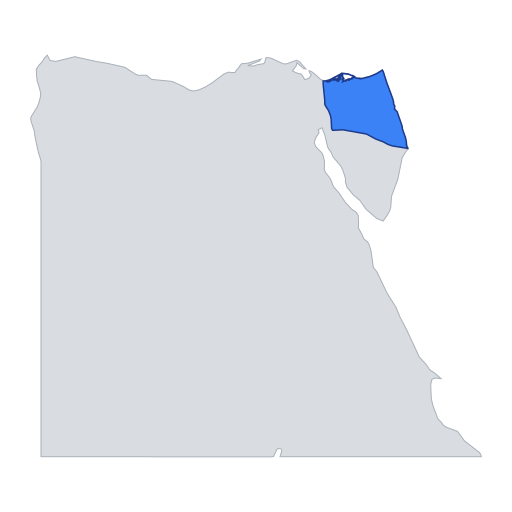 Shamal Sina' on a map of Egypt (Mercator projection)
{"feature_id": "EGY-1558", "entity_name": "Shamal Sina'", "entity_type": "Governorate", "adm_level": 1, "iso_a3": "EGY", "parent_name": "Egypt", "parent_adm1": "", "projection": "mercator", "projection_center": [33.332, 30.402], "detail": "fine", "context": "in_parent", "style": "filled", "palette": "blue", "viewbox_px": 512, "rotation_deg": 0, "n_neighbors": 0, "source": "natural_earth", "source_scale": "10m", "svg_char_len": 5715}
<svg xmlns="http://www.w3.org/2000/svg" viewBox="0 0 512 512"><path d="M481.3,456.7L469.1,456.7L457.0,456.7L444.8,456.7L432.7,456.7L420.5,456.7L408.4,456.7L396.2,456.7L384.1,456.7L371.9,456.7L359.8,456.7L347.6,456.7L335.5,456.7L323.3,456.7L311.2,456.7L299.0,456.7L286.9,456.7L280.0,456.7L281.1,453.2L281.9,450.7L281.1,448.9L278.7,448.5L277.1,449.0L273.5,456.5L271.6,456.8L267.3,456.8L253.2,456.8L239.0,456.8L224.9,456.8L210.7,456.8L196.6,456.8L182.4,456.8L168.3,456.8L154.1,456.8L140.0,456.7L125.9,456.7L111.7,456.7L97.6,456.7L83.4,456.7L69.3,456.7L55.1,456.7L41.0,456.7L41.0,447.8L41.0,438.8L41.0,429.8L41.0,420.7L41.0,411.7L41.0,402.7L41.0,393.6L41.0,384.5L41.0,375.4L41.0,366.3L41.0,357.2L41.0,348.0L41.0,338.9L41.0,329.7L41.0,320.5L41.0,311.3L41.0,302.1L41.0,292.8L41.0,283.6L41.0,274.3L41.0,265.0L41.0,255.7L41.0,246.3L41.0,237.0L41.0,227.6L41.0,218.2L41.0,208.8L41.0,199.4L41.0,189.9L41.0,180.4L41.0,170.9L41.0,161.4L40.7,159.7L38.6,153.2L36.7,144.9L34.7,134.8L34.4,131.5L31.0,121.0L30.7,118.0L31.6,115.9L37.2,107.0L38.9,102.7L40.3,97.5L40.7,93.3L39.1,86.8L37.2,81.0L36.5,75.0L36.3,69.1L39.1,65.1L42.5,61.4L43.8,59.0L45.9,56.4L47.3,55.2L50.1,60.5L55.9,61.4L74.8,56.7L95.7,61.4L107.2,63.3L124.9,67.3L135.8,74.4L138.7,75.3L146.5,75.2L151.6,79.4L171.9,81.4L182.7,86.1L188.8,89.8L192.5,90.9L195.7,90.8L200.1,89.4L205.7,86.8L211.7,83.1L224.2,73.8L228.7,72.1L231.6,72.6L235.1,72.4L236.6,69.9L238.4,68.2L239.6,66.2L241.5,63.8L248.0,63.1L261.0,59.1L259.6,61.0L247.7,65.6L252.8,66.1L258.0,64.6L263.9,63.6L265.0,61.6L265.8,58.0L266.9,57.5L271.1,58.2L283.3,63.8L286.3,63.9L295.0,60.8L296.8,60.2L299.6,61.9L305.9,68.9L303.7,68.7L296.9,62.7L296.3,65.7L292.4,71.0L297.3,73.2L301.2,74.1L303.3,77.0L304.7,79.6L308.6,78.5L311.3,74.9L309.9,73.0L308.9,70.9L310.2,70.9L312.9,72.5L320.6,79.3L323.2,80.6L326.3,80.4L332.5,78.5L334.3,78.8L342.7,76.3L343.7,78.2L345.1,80.0L351.9,78.0L362.6,78.0L371.4,75.8L381.5,70.5L382.3,69.7L382.8,71.0L384.0,74.6L387.1,83.8L389.8,91.1L393.1,101.0L394.1,104.8L394.6,107.5L399.3,118.4L402.2,127.4L404.3,134.6L407.2,145.2L408.4,148.9L406.4,150.8L402.2,157.7L397.8,179.4L391.5,196.3L390.8,206.8L389.8,210.6L386.8,215.9L383.1,221.1L376.6,218.4L366.1,209.3L359.9,200.5L353.3,194.9L347.1,187.4L345.4,182.0L345.5,178.5L342.8,170.1L340.7,166.0L333.1,157.0L331.0,152.2L329.3,150.0L327.6,147.0L324.9,135.2L321.9,127.7L318.4,129.8L319.0,132.9L316.0,137.3L314.2,142.4L315.6,146.5L321.8,152.8L323.1,155.5L324.5,161.4L324.3,169.5L325.3,172.2L330.0,178.2L331.6,181.7L332.6,184.7L334.2,187.5L338.8,192.7L345.4,202.5L351.7,209.2L356.3,212.3L358.2,215.5L358.6,223.8L358.3,227.7L362.3,235.1L363.7,238.8L367.6,241.9L369.4,245.3L371.0,251.0L373.4,267.6L376.8,271.7L387.2,293.4L395.9,307.1L400.1,317.3L406.6,329.7L419.2,356.8L426.7,365.2L429.7,369.8L435.1,373.4L441.0,378.6L435.4,378.1L434.0,378.4L432.0,379.3L431.1,382.5L430.7,385.0L431.3,398.7L432.9,405.6L437.8,418.7L441.5,422.6L443.3,425.1L445.8,427.0L457.5,431.4L464.4,440.8L479.7,452.7L481.2,455.9L481.3,456.7Z" fill="#d9dde1" stroke="#a8b0b8" stroke-width="1"/><path d="M384.2,74.5L384.5,75.7L386.0,80.2L387.2,83.9L388.6,87.6L390.5,92.6L392.7,98.7L393.6,102.1L393.6,103.9L393.9,104.6L394.4,105.4L394.8,105.9L394.8,106.5L394.5,107.8L394.4,108.5L394.5,109.0L394.7,109.4L396.7,111.2L397.2,111.8L398.4,115.4L400.6,121.7L402.0,125.8L402.1,126.1L402.2,126.3L402.2,126.6L402.2,126.8L402.4,129.1L404.0,133.6L405.5,137.6L406.4,142.0L406.4,145.0L406.6,146.0L407.5,147.7L407.8,148.3L407.7,148.4L392.3,145.9L387.7,144.3L383.4,141.9L375.9,139.1L366.4,134.0L342.8,129.8L332.6,130.3L332.3,129.9L332.0,129.3L331.6,128.4L331.2,119.7L330.5,115.7L328.5,110.6L325.1,105.2L324.9,104.4L324.8,103.5L324.7,99.7L323.2,84.8L323.1,81.0L324.8,81.0L326.4,80.8L329.1,80.1L332.4,78.5L333.0,78.0L334.6,77.2L335.0,76.9L335.2,77.2L334.1,77.7L332.0,79.2L330.8,79.6L328.8,80.5L325.6,81.4L327.4,81.4L327.4,81.7L326.8,81.9L328.0,81.9L328.4,81.8L328.6,81.4L328.9,81.4L328.9,81.6L329.0,81.6L329.4,81.7L331.7,80.2L333.6,79.6L334.0,79.3L334.4,79.5L334.9,79.6L334.8,79.8L334.5,79.9L334.5,80.2L334.9,80.0L335.7,79.6L335.7,79.3L334.7,79.3L334.7,79.0L335.2,78.8L335.9,79.0L336.4,79.4L336.8,79.9L336.9,80.1L336.9,80.5L337.0,80.8L336.5,80.8L337.7,81.2L338.3,81.2L338.8,80.8L338.8,80.4L338.4,80.2L338.3,79.9L339.7,79.5L340.1,79.3L339.9,78.9L340.0,78.6L340.2,78.3L340.3,77.8L340.1,77.8L339.8,78.1L339.1,78.7L338.9,78.8L338.8,79.0L339.1,79.3L338.6,79.4L337.7,79.4L336.8,79.2L336.2,79.0L337.4,78.9L338.0,78.2L338.5,77.4L339.1,76.6L339.5,76.4L340.4,76.2L340.8,76.0L341.6,75.3L342.0,75.1L342.6,75.1L342.6,75.4L341.6,75.4L341.6,75.7L342.0,76.0L343.4,77.8L343.8,78.5L343.6,78.8L343.2,78.9L342.6,79.3L342.6,79.2L342.3,79.0L342.3,79.3L343.0,79.7L343.3,80.3L343.3,80.9L342.9,81.7L344.2,81.1L344.9,81.0L345.4,81.0L345.6,81.0L345.8,81.0L346.1,81.0L346.1,80.8L345.6,80.4L345.4,80.4L345.4,80.8L345.1,80.8L345.1,80.4L347.1,79.7L347.6,79.3L347.9,79.3L347.6,79.6L347.9,79.9L348.2,79.6L348.5,79.6L348.8,79.8L348.9,80.2L349.2,80.2L349.2,79.8L349.2,79.4L349.7,79.3L349.3,79.1L349.0,79.1L348.6,79.1L348.2,79.0L352.2,78.7L351.9,77.9L352.4,77.7L353.0,77.7L353.0,76.9L353.4,77.1L353.5,77.2L353.8,77.2L354.3,77.1L355.7,77.9L356.4,78.1L359.1,78.4L359.9,78.7L359.9,78.4L360.7,78.6L361.9,78.6L369.6,76.6L376.7,73.7L382.3,70.1L383.3,71.7L383.5,72.4L384.2,74.5ZM340.8,73.8L341.8,73.2L347.6,73.9L347.4,74.1L346.9,74.1L345.8,73.9L344.7,73.8L343.6,73.6L342.3,73.9L341.7,73.8L340.8,74.2L336.3,76.6L335.5,77.2L335.9,76.6L336.8,76.1L337.5,75.7L338.0,75.5L338.5,75.1L340.4,74.2L340.8,73.8ZM351.9,75.4L353.0,75.6L354.0,76.2L355.6,77.5L354.8,76.9L349.0,74.4L347.9,74.2L349.1,74.3L351.0,75.2L351.9,75.4ZM337.1,80.1L337.0,79.9L336.8,79.9L337.1,79.7L337.3,79.7L337.4,80.0L337.5,80.4L337.1,80.1Z" fill="#3b82f6" stroke="#1e3a8a" stroke-width="1.5"/></svg>